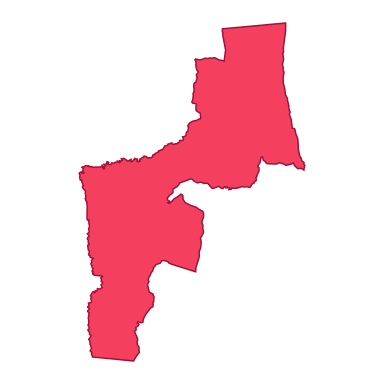 outline of Kitui Central, Eastern, Kenya
{"feature_id": "3690345B15839480546324", "entity_name": "Kitui Central", "entity_type": "district", "adm_level": 2, "iso_a3": "KEN", "parent_name": "Kenya", "parent_adm1": "Eastern", "projection": "mercator", "projection_center": [38.003, -1.387], "detail": "fine", "context": "isolated", "style": "filled", "palette": "rose", "viewbox_px": 384, "rotation_deg": 0, "n_neighbors": 0, "source": "geoboundaries", "source_scale": "gbopen_adm2", "svg_char_len": 5947}
<svg xmlns="http://www.w3.org/2000/svg" viewBox="0 0 384 384"><path d="M203.5,231.1L202.8,229.1L202.9,225.3L201.9,222.8L202.2,220.4L203.5,217.3L203.6,213.8L203.3,212.2L202.4,211.1L198.5,209.0L196.1,207.2L191.0,205.5L185.2,202.6L183.0,199.4L182.9,195.7L182.2,194.8L180.9,194.1L177.8,196.7L174.4,198.6L170.5,202.6L169.2,203.3L168.5,203.3L167.9,202.7L169.2,202.1L169.6,201.3L167.5,199.8L167.3,198.1L170.0,194.9L172.7,193.0L173.0,192.2L172.9,189.7L173.3,188.9L176.9,186.8L178.4,185.3L179.6,183.0L191.1,178.8L192.4,179.4L194.4,181.4L197.1,182.8L197.9,182.9L200.3,182.1L202.1,182.5L203.7,183.5L207.1,183.2L207.8,183.5L212.1,188.3L213.2,188.3L216.1,187.4L218.4,186.2L221.4,188.3L222.8,188.6L224.4,186.7L225.0,186.7L225.7,187.8L226.8,187.0L226.8,187.7L227.5,187.9L229.3,187.7L229.5,188.5L229.0,189.6L231.1,189.3L231.8,188.0L234.3,188.4L237.6,188.0L242.0,186.6L243.2,186.9L247.9,186.8L249.8,187.5L251.3,185.7L251.5,184.8L253.0,183.3L254.0,183.1L254.6,181.8L256.1,180.7L256.4,180.0L255.9,177.7L256.7,177.0L257.4,174.6L259.0,170.8L259.0,167.7L257.7,166.4L257.8,165.7L258.8,164.7L260.1,162.2L261.2,157.2L262.1,157.0L262.7,157.2L263.3,160.2L265.5,161.8L266.4,163.4L269.0,163.8L275.4,164.0L276.7,163.9L279.5,162.8L284.1,164.1L285.6,165.2L286.3,165.3L290.9,164.2L293.6,163.1L294.5,165.6L297.7,168.6L301.1,168.4L303.9,170.0L303.9,168.7L304.5,167.4L304.7,165.2L303.8,163.8L304.0,162.5L301.8,160.9L301.2,158.1L300.3,157.1L299.7,155.6L298.5,150.1L297.9,139.8L296.9,136.2L295.9,134.2L294.9,129.4L294.5,128.7L292.3,128.2L291.2,119.6L289.4,114.5L290.1,112.4L288.8,107.9L288.8,105.5L287.6,100.8L287.4,98.4L285.5,94.7L284.7,88.6L283.3,83.2L283.1,77.8L284.0,72.4L283.0,69.2L283.3,67.9L282.4,64.7L283.6,59.3L282.9,54.0L283.5,51.8L283.4,47.4L285.6,31.1L285.6,23.0L222.4,28.8L222.3,31.2L223.0,34.0L222.8,35.5L225.6,50.1L224.1,61.1L222.2,60.4L219.3,60.0L214.7,57.7L212.5,58.1L209.5,58.0L208.1,58.5L204.8,58.2L202.8,59.2L200.2,59.8L199.0,59.8L195.8,58.9L194.9,59.6L196.0,62.0L195.8,65.7L196.8,70.0L198.3,71.7L198.0,72.7L196.3,74.8L197.1,78.0L196.1,81.1L196.0,82.4L194.8,82.6L193.7,84.2L193.7,87.3L194.1,89.4L193.8,92.0L193.0,93.6L193.3,94.8L192.9,98.2L193.1,98.7L191.8,102.0L192.6,103.1L195.9,103.7L196.5,104.7L196.0,105.9L195.9,109.8L196.8,111.2L200.2,113.2L200.8,118.0L200.0,119.0L198.5,119.1L196.8,120.4L193.0,121.1L189.3,123.2L189.2,123.9L187.9,125.3L188.4,128.1L187.7,131.6L186.9,131.7L186.3,132.8L186.1,134.9L185.3,136.0L184.0,136.7L182.6,136.8L183.3,138.8L183.2,139.7L182.5,140.7L180.8,140.3L179.9,140.4L179.4,141.0L179.5,142.3L178.0,142.8L177.0,143.7L175.5,143.7L173.2,144.4L172.5,144.2L172.0,143.7L172.0,143.0L171.4,142.9L168.8,144.1L168.2,143.9L167.6,145.1L167.0,145.5L165.0,145.8L162.5,149.7L161.1,149.8L159.4,150.8L158.7,150.7L158.4,151.2L158.6,151.8L158.2,152.3L157.3,152.4L156.7,152.9L154.9,153.6L154.8,154.4L153.0,154.9L152.6,155.5L152.8,156.4L151.2,157.7L149.1,157.7L148.4,158.2L147.2,157.5L146.2,156.5L144.0,156.1L143.5,157.1L142.1,157.5L141.3,158.6L139.8,159.2L139.2,160.6L140.1,161.1L139.4,161.5L137.1,161.5L137.4,159.1L136.1,158.9L135.1,159.2L134.8,158.5L132.4,161.3L131.7,161.6L131.0,161.6L130.4,160.9L131.2,160.0L131.1,159.3L128.9,160.6L127.1,161.1L126.7,160.1L123.5,158.3L121.3,158.9L122.4,160.0L122.2,160.5L121.6,160.9L119.6,160.8L119.4,161.5L120.1,162.2L119.4,162.6L118.4,161.2L117.3,161.1L117.4,162.0L116.6,162.4L115.1,162.3L114.1,163.3L111.7,162.8L110.6,164.8L107.9,164.3L107.7,163.7L108.8,162.7L108.4,162.1L107.0,161.7L106.6,163.9L106.0,164.3L104.3,164.3L105.6,165.7L105.1,166.2L103.8,166.5L104.5,168.6L103.6,168.9L102.4,166.7L102.8,165.2L102.1,165.1L101.6,166.5L100.1,167.1L94.5,167.1L93.3,167.4L92.4,167.3L91.9,166.5L90.8,166.9L88.6,165.8L88.3,166.4L86.9,165.7L85.4,165.7L84.5,166.6L82.5,166.9L81.9,167.4L83.2,168.5L82.7,171.5L84.0,172.8L83.6,173.3L81.6,172.9L81.1,171.9L79.3,173.0L79.3,173.8L80.0,175.5L79.6,177.0L79.9,177.8L80.0,179.5L80.4,180.1L81.9,180.2L81.9,182.4L83.5,185.4L82.4,186.4L82.4,187.0L83.4,188.9L85.2,190.4L85.4,191.4L85.3,193.3L85.9,197.5L85.1,198.8L85.7,199.4L85.8,200.6L86.7,201.8L87.2,206.3L87.0,218.8L87.5,220.1L88.8,219.8L89.0,220.3L88.7,221.8L89.5,226.4L88.6,228.8L89.3,231.7L88.9,232.6L87.3,233.8L89.3,236.0L87.6,237.7L87.3,238.9L88.3,240.3L88.2,242.7L89.2,244.0L89.0,244.7L88.1,244.8L87.7,245.6L88.4,250.3L89.2,250.8L89.3,251.8L88.7,254.3L89.0,255.3L90.3,255.8L90.0,257.1L90.5,257.5L93.3,258.4L91.4,260.5L91.8,262.2L90.8,263.8L91.5,265.4L92.1,265.6L92.0,267.4L93.2,268.7L92.2,270.6L92.1,271.6L93.1,271.9L93.2,272.5L92.7,273.1L92.7,274.0L94.5,275.3L102.3,276.0L102.5,276.6L100.7,277.9L101.4,279.2L101.2,281.3L102.4,282.1L102.6,282.8L101.0,284.9L102.2,287.5L99.9,289.1L97.5,288.6L97.2,289.0L97.3,290.3L96.8,291.0L95.4,290.8L95.0,292.4L94.5,292.7L94.0,291.6L93.3,291.5L92.7,292.0L90.5,295.6L90.6,296.1L91.5,296.9L90.8,298.9L91.4,300.5L91.4,302.0L90.9,302.6L89.5,302.7L88.4,303.2L89.1,305.6L87.8,306.6L87.7,307.2L89.3,308.3L88.9,309.5L87.7,310.7L87.7,311.7L88.9,312.4L89.0,313.1L88.3,318.3L88.7,320.0L88.7,323.9L88.0,325.1L89.3,328.0L89.1,328.7L88.0,329.6L88.0,330.5L89.5,332.5L89.6,334.6L91.1,335.2L91.1,336.0L88.7,339.4L89.9,340.7L90.0,344.0L91.4,347.7L91.3,349.2L90.2,350.6L90.3,351.3L91.8,352.3L91.4,354.2L92.3,355.4L92.4,357.0L133.6,361.0L136.4,356.1L139.4,352.3L139.0,350.4L139.0,347.0L137.3,344.4L137.0,342.4L137.7,339.8L137.2,337.6L134.4,331.3L135.8,330.4L136.2,329.5L135.8,327.3L137.9,326.1L139.0,324.5L138.3,323.5L137.7,323.5L137.4,323.0L137.6,322.2L138.2,321.7L138.9,321.7L140.8,322.7L142.8,322.5L143.5,318.7L145.7,314.5L150.3,308.3L152.9,306.6L153.2,304.6L152.9,303.2L153.6,302.0L154.0,296.6L153.2,295.4L153.0,294.0L149.3,292.2L147.6,285.1L148.0,283.0L149.0,281.7L148.2,279.5L149.0,277.1L150.4,274.9L150.8,273.3L152.7,270.8L153.5,267.6L154.7,266.6L155.9,264.6L160.1,263.2L162.1,260.6L164.3,260.5L167.8,261.6L168.6,262.9L171.9,264.3L195.7,271.8L195.9,267.6L199.0,257.9L199.4,255.0L199.1,252.2L200.7,247.5L201.2,241.8L200.5,238.2L203.4,232.9L203.5,231.1Z" fill="#f43f5e" stroke="#9f1239" stroke-width="1.5"/></svg>